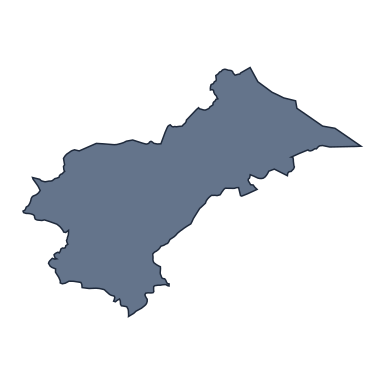 the district of Paulistana, Piauí, Brazil
{"feature_id": "56859067B88497149636912", "entity_name": "Paulistana", "entity_type": "district", "adm_level": 2, "iso_a3": "BRA", "parent_name": "Brazil", "parent_adm1": "Piauí", "projection": "mercator", "projection_center": [-41.167, -8.128], "detail": "fine", "context": "isolated", "style": "filled", "palette": "slate", "viewbox_px": 384, "rotation_deg": 0, "n_neighbors": 0, "source": "geoboundaries", "source_scale": "gbopen_adm2", "svg_char_len": 4596}
<svg xmlns="http://www.w3.org/2000/svg" viewBox="0 0 384 384"><path d="M257.1,189.4L254.7,187.1L253.2,185.0L250.6,184.7L249.5,182.8L248.2,180.6L248.3,179.2L249.5,178.1L249.9,176.6L250.2,174.7L253.7,176.1L257.9,178.1L259.8,178.5L261.7,178.5L263.2,178.2L264.9,177.1L266.3,175.5L267.5,173.7L268.8,171.2L274.3,169.1L287.4,175.7L287.7,173.3L289.0,171.8L291.2,171.4L292.2,170.3L293.6,168.9L294.4,166.9L293.9,165.6L293.7,163.9L293.4,161.5L293.3,159.3L292.9,157.4L291.3,157.1L299.2,153.5L308.0,149.9L309.1,150.8L310.4,150.9L312.2,150.4L313.5,149.6L314.8,148.7L316.3,148.9L317.4,147.8L318.4,146.6L319.8,145.8L321.1,145.7L322.4,145.5L329.7,147.0L348.7,146.6L352.1,146.5L354.2,146.5L357.2,146.4L361.0,146.2L353.0,140.7L335.0,128.3L322.6,126.1L296.9,108.3L295.6,100.8L283.7,97.9L277.5,94.8L272.1,92.3L257.9,81.8L250.1,67.5L240.5,73.0L239.8,74.1L238.3,74.2L236.9,74.6L235.1,75.2L233.2,73.1L232.5,71.4L231.0,70.5L229.5,70.3L228.2,70.2L226.6,69.6L225.4,69.3L224.2,69.3L222.4,70.0L221.1,71.5L219.6,72.0L218.4,73.6L217.2,74.6L215.8,75.5L216.1,78.2L216.3,79.5L215.9,80.9L214.4,81.7L213.4,83.6L211.1,84.6L210.5,86.7L210.3,88.4L210.4,90.0L212.2,89.6L213.5,90.4L213.9,92.4L214.8,94.3L216.3,95.8L216.9,97.4L217.8,98.8L216.0,99.3L215.1,100.9L213.7,102.0L213.0,103.2L213.0,104.8L211.6,105.8L210.1,106.7L209.0,108.4L207.0,109.4L205.2,110.1L203.4,109.9L200.8,109.1L199.4,108.8L198.6,107.7L196.5,109.5L186.4,120.1L186.2,121.5L185.2,123.1L183.3,124.7L182.3,126.0L181.1,126.3L179.8,126.3L178.1,126.5L176.3,126.8L174.8,126.5L173.2,126.9L171.9,126.5L170.2,124.8L169.0,125.4L167.9,126.3L167.0,128.0L165.1,132.4L160.9,143.8L157.3,144.0L153.8,143.3L152.3,142.0L151.0,141.3L149.6,142.0L148.8,143.3L147.6,143.8L146.2,144.1L142.7,143.2L132.7,140.0L126.3,141.2L123.6,142.6L120.8,143.5L116.9,144.5L114.3,144.7L102.9,143.8L96.3,143.4L79.2,150.9L74.5,149.8L72.1,150.6L70.6,151.4L69.0,152.6L67.0,153.9L65.4,155.5L64.5,156.8L63.5,158.4L64.6,164.9L63.5,166.4L63.7,168.4L63.9,169.9L64.7,171.3L63.5,172.3L62.3,173.7L60.6,174.4L59.5,175.6L59.0,177.3L57.0,178.1L54.9,178.6L53.4,179.8L52.0,180.8L50.4,181.1L49.0,181.1L45.1,181.8L43.4,181.4L41.3,180.8L39.7,179.3L32.5,177.5L33.1,179.2L36.2,183.5L37.4,185.2L38.3,186.6L40.2,190.5L38.6,192.8L37.1,194.1L35.9,194.9L34.7,195.4L33.0,196.1L31.9,197.2L31.2,198.6L30.7,200.9L29.8,203.3L28.4,205.7L26.2,207.1L25.6,208.9L24.7,210.3L23.0,211.1L23.6,212.6L26.0,213.4L28.6,213.5L30.2,213.7L32.0,214.2L33.4,214.8L34.4,215.8L34.6,217.5L35.3,219.2L37.1,220.0L41.9,220.5L44.4,219.9L49.7,221.6L53.6,223.0L56.9,224.2L59.9,226.6L61.8,228.9L63.1,230.7L63.6,232.0L65.7,232.5L68.5,230.4L68.5,232.4L68.3,235.0L67.4,237.5L67.2,239.0L66.5,240.4L67.0,242.4L67.8,244.3L65.8,245.7L65.3,247.7L63.9,248.2L62.4,248.0L60.9,249.0L60.2,251.4L59.2,252.9L58.0,252.2L56.7,252.7L55.3,253.5L54.0,254.8L54.5,256.4L55.2,258.0L56.6,258.8L54.5,259.1L52.3,258.3L49.8,260.8L49.0,261.9L48.5,263.3L50.2,266.2L51.9,267.4L55.6,268.9L55.5,272.2L58.8,277.4L60.3,281.0L60.2,282.9L62.3,283.8L65.2,283.2L69.0,281.2L73.6,281.3L80.8,282.4L81.8,284.3L82.1,287.6L89.1,288.5L93.4,288.3L96.1,288.2L99.4,288.5L102.6,289.2L104.4,289.7L105.7,291.0L107.5,292.6L109.4,294.3L111.2,295.3L114.0,296.0L114.8,297.2L114.3,299.5L113.6,301.2L115.4,301.8L117.2,300.3L119.5,299.0L120.3,301.0L120.5,304.2L121.4,305.8L123.0,306.0L126.7,306.7L128.1,309.2L128.4,311.0L128.5,313.1L128.6,315.1L128.5,316.5L133.8,313.3L136.0,311.2L139.1,309.5L141.5,308.2L144.4,305.9L145.8,304.6L146.7,303.1L147.2,301.3L147.2,299.2L146.2,297.8L145.3,296.0L144.9,294.7L145.7,293.2L148.0,292.8L149.8,292.9L151.3,292.9L153.0,292.7L153.8,291.6L153.6,289.4L153.7,286.6L154.7,285.7L156.0,285.5L158.0,285.2L160.4,285.2L162.4,284.8L164.6,284.6L166.1,284.7L167.4,285.6L169.0,286.0L169.1,283.9L167.5,283.6L166.5,282.1L165.8,280.3L164.7,278.8L162.9,278.5L161.8,277.8L161.1,275.8L160.4,274.2L160.2,272.8L160.4,270.1L160.5,268.5L160.4,266.7L158.8,266.0L156.4,264.6L154.8,263.4L153.8,262.6L153.2,261.1L152.9,259.8L153.0,258.3L153.0,256.8L152.8,255.2L152.8,253.9L153.8,252.8L154.7,252.0L156.4,251.1L158.6,249.4L159.9,247.8L160.9,246.2L163.8,245.3L165.8,244.1L167.6,243.4L168.7,241.9L169.9,239.5L171.3,238.6L174.3,236.6L176.1,234.9L177.4,233.3L180.7,230.6L181.8,229.9L184.0,228.2L187.0,226.2L190.8,223.9L192.0,221.6L193.4,218.5L199.7,208.4L200.8,207.5L205.4,203.2L206.2,201.0L207.4,199.2L208.8,197.6L209.9,196.6L211.6,195.3L213.2,195.4L215.0,195.3L217.1,195.6L220.1,194.8L221.0,193.5L221.7,192.3L222.6,191.1L223.8,189.4L225.3,188.2L228.7,188.3L230.9,188.3L232.9,188.4L234.6,188.3L236.3,187.7L238.6,187.6L240.5,195.6L241.7,196.1L247.3,193.9L257.1,189.4Z" fill="#64748b" stroke="#1e293b" stroke-width="1.5"/></svg>